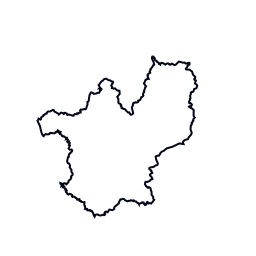 Caiapônia, Goiás, Brazil, rotated 315°
{"feature_id": "56859067B55924998063640", "entity_name": "Caiapônia", "entity_type": "district", "adm_level": 2, "iso_a3": "BRA", "parent_name": "Brazil", "parent_adm1": "Goiás", "projection": "albers", "projection_center": [-51.8, -16.976], "detail": "fine", "context": "isolated", "style": "outline", "palette": "ink", "viewbox_px": 256, "rotation_deg": 315, "n_neighbors": 0, "source": "geoboundaries", "source_scale": "gbopen_adm2", "svg_char_len": 5784}
<svg xmlns="http://www.w3.org/2000/svg" viewBox="0 0 256 256"><g transform="rotate(315 128 128)"><path d="M147.5,77.8L145.7,76.5L143.6,76.7L142.5,76.3L139.4,76.6L138.8,77.0L137.6,76.9L136.7,79.7L135.7,79.7L136.8,80.7L136.8,81.8L136.0,82.1L134.8,81.5L134.2,82.1L132.6,82.7L131.2,81.5L130.4,81.5L127.9,79.7L127.9,78.2L127.3,76.9L126.8,76.7L123.9,77.6L119.7,80.8L118.7,81.2L117.7,80.9L116.2,82.6L111.8,84.8L111.0,84.6L110.5,83.5L109.3,83.2L107.5,81.5L106.3,81.9L106.0,83.2L105.4,83.6L104.2,82.6L102.9,82.6L102.6,81.8L102.2,81.5L101.5,82.0L100.0,80.5L98.7,80.4L98.2,80.8L97.7,80.4L96.0,77.1L95.4,76.3L94.4,76.0L94.3,75.6L94.9,74.6L94.2,72.7L93.7,72.3L92.8,72.7L92.4,72.6L92.6,71.9L92.1,70.6L91.4,69.7L88.6,69.6L88.8,68.4L87.6,64.1L88.1,62.9L87.6,62.0L84.7,61.3L83.1,59.8L81.7,59.7L80.7,60.3L79.7,59.5L78.1,59.5L77.3,59.1L76.7,59.6L76.1,59.6L75.0,59.1L73.8,59.3L72.8,60.2L72.1,60.2L71.4,58.2L70.8,58.7L69.1,58.8L67.1,64.4L64.1,69.1L62.8,71.8L62.4,73.6L62.6,74.2L63.7,73.8L65.6,74.1L66.4,75.5L68.0,76.7L68.4,76.4L69.5,76.4L72.1,79.7L73.5,80.1L74.0,79.7L74.9,80.3L76.4,80.1L75.6,81.5L76.4,82.6L77.0,81.8L77.5,83.1L75.8,83.4L75.5,84.1L76.3,85.4L75.7,86.9L76.2,87.5L76.0,88.0L76.9,88.8L77.0,90.6L77.8,91.6L76.5,92.1L77.4,92.5L77.3,93.7L75.6,94.5L76.7,95.6L75.5,96.0L76.1,96.9L76.2,97.5L74.2,98.2L74.6,99.3L71.5,100.5L71.5,102.2L72.9,103.4L72.7,104.4L71.6,105.0L69.8,104.7L69.4,105.1L67.6,104.9L65.5,106.6L64.9,106.2L61.3,108.6L60.6,110.2L61.1,111.5L60.6,113.4L58.9,114.7L58.4,117.6L57.1,118.8L56.6,121.0L55.7,122.0L53.7,121.9L52.8,122.6L52.6,123.2L51.0,123.6L48.7,123.3L47.6,124.2L44.6,124.2L44.6,123.1L44.2,122.8L44.0,122.2L42.1,121.0L41.3,119.0L40.9,119.4L41.0,121.2L40.3,121.7L41.2,121.7L41.7,122.2L41.1,122.4L41.5,123.8L40.4,123.5L39.9,123.9L40.8,125.4L40.9,126.6L40.7,127.1L40.2,127.2L40.7,127.8L40.4,128.1L40.5,128.9L40.0,129.1L39.7,128.7L39.1,128.9L38.9,129.4L39.4,129.7L38.5,131.6L38.6,132.5L38.8,133.0L39.9,133.0L40.6,133.9L41.1,136.0L40.1,136.7L40.0,137.5L41.1,138.1L41.6,139.3L41.4,140.5L41.9,140.8L42.0,141.3L41.4,142.8L43.2,143.8L42.6,144.4L43.0,144.6L42.4,145.6L43.1,146.3L42.7,147.1L44.2,149.3L44.7,149.6L42.3,152.0L42.5,152.4L41.5,153.9L41.3,154.6L40.4,154.8L41.3,156.2L41.7,156.4L41.1,157.2L41.2,157.7L42.5,159.1L42.8,158.8L43.0,159.2L42.9,159.6L43.3,159.7L43.5,160.3L43.2,160.7L43.8,161.5L43.3,162.3L43.5,162.8L42.0,165.7L41.7,167.1L43.6,166.3L44.3,166.7L45.5,167.9L45.7,169.0L46.8,170.6L49.0,171.6L49.3,172.6L49.9,173.0L51.0,172.7L50.8,172.0L51.4,171.4L52.3,171.2L53.6,171.8L54.1,173.2L57.1,172.5L58.8,174.9L59.9,175.4L61.0,175.5L61.7,174.7L62.8,174.3L68.3,174.8L68.7,174.2L72.2,173.1L72.6,173.7L74.2,174.4L74.9,175.4L74.9,177.3L75.8,179.5L76.8,179.8L78.1,181.1L79.1,181.2L79.9,182.9L80.8,183.1L80.9,183.5L80.6,183.8L81.0,184.0L80.9,184.4L81.7,185.8L81.6,187.1L82.2,188.8L81.9,189.7L82.3,189.4L84.3,190.5L85.4,190.5L86.3,191.7L86.2,192.7L85.7,192.5L85.6,194.6L86.7,195.0L89.1,193.8L89.5,194.2L89.3,194.9L88.9,195.0L89.1,195.9L90.4,196.5L90.9,197.8L94.4,197.5L95.7,197.3L95.6,196.7L96.0,195.7L97.1,194.5L97.5,191.8L99.5,189.9L100.0,188.2L100.9,187.3L101.4,186.0L101.0,184.6L99.8,184.4L99.7,183.9L99.9,182.4L99.6,182.0L100.3,179.6L102.1,178.5L102.7,178.7L103.3,179.7L105.9,180.8L107.7,180.6L109.1,181.4L109.8,180.1L110.1,178.5L109.9,177.3L110.4,176.5L111.8,176.4L113.3,177.0L113.6,176.7L113.9,174.7L114.4,174.5L114.0,172.3L114.7,171.4L115.9,171.7L118.8,173.7L120.8,173.9L122.1,174.7L123.1,174.8L124.1,174.1L125.6,170.2L127.3,167.8L128.6,168.0L130.5,169.5L133.6,168.6L134.9,168.6L137.1,169.4L141.0,169.8L146.2,172.7L153.3,175.2L155.9,178.6L156.6,177.0L158.0,176.5L160.2,176.9L162.4,178.2L164.6,177.5L168.0,177.3L169.7,176.4L171.3,173.1L174.3,170.6L175.4,170.6L176.9,169.7L176.8,169.3L178.4,169.3L179.1,168.6L179.6,168.9L180.6,167.9L182.5,167.8L182.9,165.9L187.2,161.7L187.0,158.7L186.6,158.3L186.2,156.0L186.7,156.0L188.1,157.1L189.1,157.0L189.8,156.5L189.8,154.6L189.0,154.0L189.0,153.5L189.9,152.5L191.9,151.9L192.4,151.1L193.3,151.1L194.6,149.2L196.6,148.3L197.5,147.4L198.8,147.7L199.5,148.4L200.9,148.1L202.2,147.2L204.4,148.2L206.7,147.2L207.2,146.2L206.8,143.9L208.6,142.8L209.4,142.7L209.6,142.2L209.1,141.2L209.4,140.2L210.5,140.3L211.7,139.4L211.7,136.1L213.2,133.5L212.7,130.3L210.5,127.7L210.7,127.0L213.7,126.6L214.0,126.1L214.8,126.0L216.3,126.6L217.5,125.4L217.3,124.9L214.7,123.6L214.3,123.1L214.3,121.8L213.2,120.9L210.9,117.0L206.8,117.0L205.3,116.4L204.7,113.6L203.9,113.2L203.0,113.4L202.1,112.3L202.3,111.8L202.0,110.6L200.8,109.8L199.1,109.5L198.8,107.4L197.9,105.7L196.6,105.3L195.7,106.0L195.3,104.6L195.8,104.3L195.5,103.7L195.8,103.1L195.3,101.9L195.7,100.7L195.3,100.3L195.1,98.9L195.9,98.1L195.8,97.1L195.9,96.7L196.3,96.8L196.5,95.6L195.8,94.7L195.1,94.9L194.0,95.9L192.6,99.6L191.3,101.8L190.3,101.4L188.6,102.0L185.3,102.3L185.1,102.9L183.2,103.4L182.8,104.6L180.6,104.1L179.2,104.4L179.0,105.2L178.2,105.6L177.3,107.8L176.7,106.8L176.1,107.0L174.8,106.4L174.6,106.7L173.9,106.6L172.2,107.4L170.9,107.6L170.6,107.9L170.7,109.2L170.2,110.1L170.3,111.3L168.5,111.6L166.7,112.7L165.4,113.0L165.3,113.6L164.4,114.2L163.6,114.1L162.2,114.9L161.8,116.0L160.3,116.1L159.1,115.6L157.6,116.4L156.1,116.7L154.6,115.9L154.4,116.4L153.4,116.7L152.2,116.2L151.3,114.9L150.7,115.0L149.7,114.2L149.1,114.6L148.2,114.6L147.5,115.5L145.2,116.2L142.2,121.1L141.3,121.4L140.1,121.1L139.2,120.4L139.9,117.8L139.1,117.3L138.9,114.9L139.2,113.0L139.0,112.2L138.2,111.2L138.2,109.9L137.7,109.8L137.5,109.4L138.5,108.2L138.5,107.2L139.5,107.0L139.6,105.6L138.9,104.0L139.1,103.3L141.7,100.7L142.4,98.4L146.3,98.0L148.1,95.8L147.8,95.6L148.0,95.0L146.9,93.9L146.8,90.7L145.6,89.9L145.4,89.1L144.8,88.4L145.9,87.5L146.1,86.2L147.4,85.6L148.0,85.8L149.8,85.2L150.1,84.5L149.4,84.0L149.1,81.8L148.0,80.3L147.5,77.8Z" fill="none" stroke="#020617" stroke-width="2"/></g></svg>